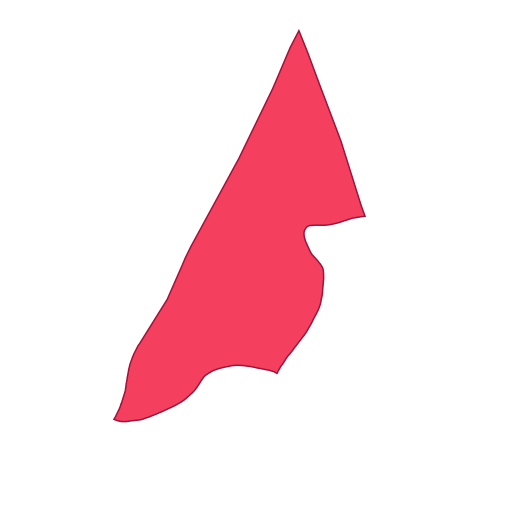 Al Abr, Hadramawt, Yemen (Robinson projection), rotated 122°
{"feature_id": "15242507B3031648883440", "entity_name": "Al Abr", "entity_type": "district", "adm_level": 2, "iso_a3": "YEM", "parent_name": "Yemen", "parent_adm1": "Hadramawt", "projection": "robinson", "projection_center": [47.548, 15.923], "detail": "fine", "context": "isolated", "style": "filled", "palette": "rose", "viewbox_px": 512, "rotation_deg": 122, "n_neighbors": 0, "source": "geoboundaries", "source_scale": "gbopen_adm2", "svg_char_len": 4999}
<svg xmlns="http://www.w3.org/2000/svg" viewBox="0 0 512 512"><g transform="rotate(122 256 256)"><path d="M157.6,193.4L113.5,244.9L112.4,246.4L110.3,249.1L95.3,268.8L80.0,288.9L74.8,295.7L56.0,320.1L42.2,339.0L57.2,337.8L60.9,337.5L93.2,332.4L105.6,330.5L154.8,325.2L182.7,322.2L282.8,316.2L295.4,314.9L302.2,313.8L339.9,308.3L348.8,308.3L357.8,308.3L373.7,308.3L390.6,308.3L391.4,308.3L392.4,308.3L393.3,308.4L394.3,308.5L402.1,307.8L403.7,307.7L404.1,307.6L404.7,307.5L405.2,307.4L407.4,307.1L408.9,306.7L411.0,306.3L412.7,305.9L413.2,305.8L414.9,305.4L416.4,304.9L416.8,304.8L417.8,304.4L419.2,304.0L419.7,303.8L420.0,303.7L421.6,303.0L422.6,302.6L423.1,302.4L424.9,301.7L426.8,301.0L428.7,300.1L429.4,299.8L430.2,299.5L431.7,298.9L433.3,298.3L434.0,297.9L434.8,297.6L435.4,297.3L436.2,296.9L437.7,296.3L439.1,295.6L439.6,295.4L452.8,291.9L452.9,292.1L454.4,291.6L455.6,291.4L456.6,291.2L458.3,290.9L460.2,290.7L462.2,290.5L462.8,290.4L464.4,290.3L464.9,290.2L466.4,290.0L467.5,290.0L468.2,290.0L469.8,289.9L469.7,289.5L469.7,289.1L469.3,287.4L469.1,286.5L468.9,285.8L468.4,284.1L467.7,282.4L467.3,281.6L466.9,281.0L466.0,279.6L465.4,278.7L464.9,278.0L464.4,277.3L463.9,276.7L463.3,276.1L462.8,275.5L462.1,274.7L461.5,273.9L460.4,272.5L459.6,271.4L459.1,270.8L457.7,269.1L456.4,267.5L455.3,266.4L454.1,265.3L454.0,265.2L453.8,265.1L452.6,264.2L451.1,263.0L449.7,261.8L448.3,260.7L446.8,259.7L445.0,258.3L444.6,258.1L443.4,257.2L442.6,256.6L441.9,256.2L441.3,255.7L440.5,255.2L439.6,254.6L438.9,254.0L437.0,252.7L435.1,251.5L433.3,250.3L433.0,250.1L431.6,249.2L430.7,248.6L430.0,248.2L429.0,247.5L428.3,247.1L426.6,246.0L425.1,245.1L424.8,244.9L423.2,244.1L421.5,243.2L420.8,242.8L419.6,242.1L418.0,241.4L417.2,241.1L416.4,240.7L414.8,240.2L414.6,240.1L413.4,239.7L412.3,239.4L411.8,239.3L410.6,238.9L410.4,238.8L408.8,238.4L407.0,237.9L406.5,237.7L405.4,237.4L404.3,237.2L403.7,237.1L402.7,236.9L402.0,236.8L400.3,236.7L399.6,236.6L398.7,236.5L397.0,236.5L395.3,236.4L393.6,236.4L392.6,236.4L392.1,236.4L391.1,236.4L390.1,236.4L389.2,236.3L388.4,236.3L387.7,236.2L386.8,236.2L385.2,235.9L383.7,235.5L383.5,235.4L383.1,235.2L382.1,234.8L380.6,234.1L380.2,233.9L378.9,233.2L377.5,232.5L376.8,232.1L375.9,231.5L374.6,230.6L373.8,230.0L373.2,229.5L371.9,228.4L371.6,228.2L370.7,227.3L369.4,226.2L368.0,224.8L366.8,223.7L365.4,222.1L364.1,220.7L362.8,219.4L362.3,218.9L361.6,218.1L361.1,217.5L360.6,216.8L359.5,215.3L358.7,214.1L358.6,213.9L357.6,212.3L356.8,210.8L355.8,208.9L355.0,207.3L354.8,206.8L354.2,205.5L353.7,204.3L353.5,203.9L353.0,202.9L352.7,202.1L352.6,201.9L352.1,200.6L351.9,200.2L351.5,199.1L350.8,197.1L350.4,195.9L350.2,195.3L349.4,193.4L348.8,191.8L348.8,191.7L348.0,189.9L347.5,188.3L347.0,187.1L346.9,186.8L346.1,184.9L346.0,184.4L345.6,183.3L345.3,182.0L345.1,181.3L344.8,180.3L344.6,179.3L344.6,179.2L344.5,177.7L344.5,176.0L344.0,176.0L343.8,176.0L342.3,176.2L340.5,176.3L340.2,176.3L338.6,176.3L337.8,176.4L336.9,176.5L336.0,176.4L334.9,176.3L333.8,176.2L333.0,176.2L331.1,176.1L330.4,176.1L329.0,176.1L328.4,176.1L327.3,176.1L325.3,176.1L324.5,176.0L323.5,175.9L322.2,175.6L321.7,175.5L320.8,175.4L319.8,175.3L318.2,175.1L316.4,174.9L314.8,174.9L314.1,174.8L313.1,174.8L312.2,174.6L311.4,174.5L309.6,174.3L307.9,174.2L306.2,174.1L304.0,173.8L302.4,173.7L300.6,173.5L298.7,173.3L298.1,173.2L296.7,173.1L294.8,173.1L292.6,173.0L290.7,173.1L290.1,173.1L288.8,173.2L287.3,173.2L284.6,173.3L282.2,173.5L280.9,173.6L280.3,173.7L278.6,173.9L276.7,174.0L276.1,174.1L275.1,174.1L273.4,174.2L272.8,174.2L271.2,174.4L271.0,174.5L269.3,174.6L267.3,174.9L266.3,175.1L265.4,175.3L263.2,175.8L261.7,176.3L260.2,176.8L258.5,177.6L258.1,177.7L256.6,178.2L255.9,178.5L255.2,178.7L253.6,179.4L253.1,179.6L252.1,180.1L250.2,181.0L249.6,181.4L248.5,182.0L246.8,182.9L245.9,183.3L245.3,183.6L244.9,183.8L243.0,184.8L242.0,185.3L241.4,185.6L239.9,186.4L239.2,186.7L238.6,187.1L237.2,188.0L235.6,189.1L235.0,189.5L234.1,190.1L233.7,190.4L232.9,191.0L232.4,191.5L231.7,192.1L231.1,192.8L230.6,193.4L229.7,195.0L229.2,196.2L229.0,196.5L228.3,198.5L227.9,199.7L227.6,200.4L227.1,202.0L226.6,203.8L226.1,205.6L225.7,207.2L225.2,209.0L224.3,210.8L223.8,211.8L223.5,212.4L222.5,213.9L221.6,215.3L220.4,217.1L219.2,218.8L218.2,220.4L217.3,221.7L216.1,223.1L214.7,224.6L213.3,225.9L212.0,226.9L211.0,227.5L210.7,227.7L209.1,228.3L207.4,228.5L205.8,228.5L204.2,228.2L203.2,227.7L202.7,227.5L201.4,226.2L201.0,225.6L200.9,225.4L200.0,224.2L199.5,223.6L198.9,222.7L198.3,221.8L198.0,221.4L197.3,220.2L197.0,219.8L196.1,218.2L195.0,216.4L194.5,215.6L193.8,214.4L193.4,213.9L192.8,213.1L192.3,212.5L191.8,211.8L190.4,210.1L189.1,208.7L187.7,207.2L186.2,205.8L184.8,204.4L184.1,203.7L183.6,203.2L182.1,202.1L181.0,201.1L180.8,201.0L179.5,199.9L179.3,199.8L178.1,198.7L176.8,197.6L176.3,197.2L175.3,196.4L174.0,195.2L173.4,194.8L172.5,194.0L171.6,192.8L171.2,192.4L170.1,191.2L169.4,190.4L169.0,190.0L168.4,189.3L167.6,188.4L164.5,184.6L157.6,193.4Z" fill="#f43f5e" stroke="#9f1239" stroke-width="1.5"/></g></svg>